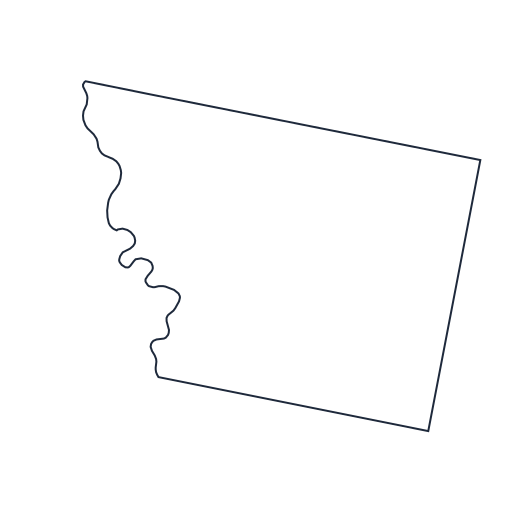 Monona, Iowa, United States of America, rotated 11°
{"feature_id": "52423323B96687064906768", "entity_name": "Monona", "entity_type": "district", "adm_level": 2, "iso_a3": "USA", "parent_name": "United States of America", "parent_adm1": "Iowa", "projection": "albers", "projection_center": [-96.213, 42.039], "detail": "fine", "context": "isolated", "style": "outline", "palette": "slate", "viewbox_px": 512, "rotation_deg": 11, "n_neighbors": 0, "source": "geoboundaries", "source_scale": "gbopen_adm2", "svg_char_len": 1524}
<svg xmlns="http://www.w3.org/2000/svg" viewBox="0 0 512 512"><g transform="rotate(11 256 256)"><path d="M457.9,119.0L117.2,117.5L55.4,117.0L54.5,117.9L53.5,120.7L54.0,122.8L58.4,128.6L59.8,131.2L60.4,133.2L60.9,139.5L59.1,146.9L59.4,151.2L60.6,155.3L63.7,160.3L66.3,162.9L73.4,167.5L77.1,171.3L78.6,174.1L80.5,179.5L82.7,182.5L85.1,184.7L88.0,186.1L97.0,188.0L100.8,189.7L103.3,191.8L104.9,193.7L106.9,197.5L107.8,200.2L108.2,205.7L107.6,211.3L105.1,217.3L103.8,219.5L102.2,223.0L100.8,228.9L100.7,231.9L101.2,239.7L102.9,246.4L104.5,250.1L105.3,251.9L107.0,254.0L109.8,256.0L111.4,256.7L114.4,257.4L115.3,256.3L119.8,254.6L124.8,255.0L128.5,256.5L132.3,259.6L133.3,261.1L134.5,264.1L134.6,266.8L133.5,269.6L131.0,272.8L124.5,277.8L122.7,282.0L122.4,285.3L122.6,286.8L123.4,288.1L125.9,290.4L129.9,292.0L132.4,291.7L133.3,291.2L134.5,289.6L137.0,284.5L138.4,282.2L143.8,280.2L150.6,280.7L154.4,282.5L156.4,285.5L157.0,287.6L156.9,289.3L156.3,291.1L153.5,296.0L152.0,299.9L152.3,301.8L152.9,302.8L155.5,305.4L156.6,306.0L160.8,306.3L162.6,305.9L166.2,304.2L170.5,303.3L173.0,303.3L182.0,304.9L187.1,307.6L188.9,310.0L189.3,311.5L189.1,315.2L186.7,322.6L185.4,325.4L181.2,330.4L180.6,331.5L180.0,333.9L180.7,337.1L184.7,345.2L185.0,348.1L184.7,350.3L183.0,353.4L181.4,354.6L174.3,356.9L171.5,358.8L170.5,360.4L169.8,362.4L169.9,365.3L172.0,369.0L175.6,373.0L177.6,376.2L178.4,378.8L178.8,384.6L179.2,386.6L180.1,389.1L181.6,391.4L183.4,393.5L458.5,395.0L457.9,119.0Z" fill="none" stroke="#1e293b" stroke-width="2"/></g></svg>